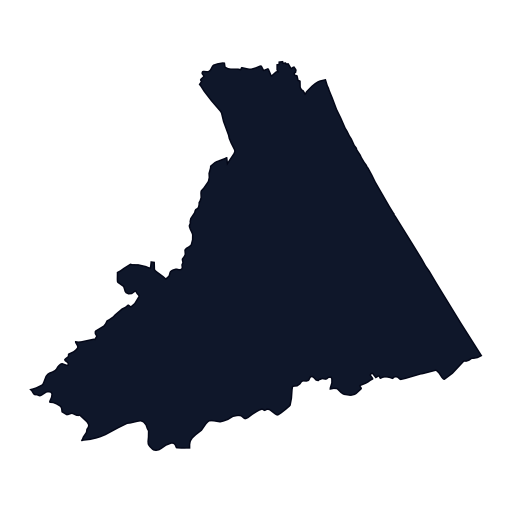 outline of Thang Binh, Quàng Nam, Vietnam
{"feature_id": "81297802B72056692107631", "entity_name": "Thang Binh", "entity_type": "district", "adm_level": 2, "iso_a3": "VNM", "parent_name": "Vietnam", "parent_adm1": "Quàng Nam", "projection": "mercator", "projection_center": [108.347, 15.708], "detail": "fine", "context": "isolated", "style": "filled", "palette": "ink", "viewbox_px": 512, "rotation_deg": 0, "n_neighbors": 0, "source": "geoboundaries", "source_scale": "gbopen_adm2", "svg_char_len": 5931}
<svg xmlns="http://www.w3.org/2000/svg" viewBox="0 0 512 512"><path d="M199.6,84.4L201.1,86.3L204.2,91.2L211.5,100.7L220.7,111.4L221.6,113.1L223.6,121.5L228.6,135.1L229.3,138.4L231.2,143.0L234.4,149.3L234.8,150.4L234.9,151.5L234.1,153.6L227.4,163.7L226.7,157.8L226.4,157.8L225.2,158.5L216.7,161.7L215.0,162.6L210.7,166.2L210.6,168.0L209.1,173.4L209.3,177.6L208.5,181.2L207.9,182.3L203.8,188.2L201.4,190.8L201.1,191.8L201.0,193.3L201.2,197.6L200.2,200.8L199.2,202.5L199.1,204.9L198.6,207.0L197.8,208.4L195.8,209.6L195.2,210.7L194.7,212.7L190.8,218.6L190.2,221.5L190.4,223.2L189.4,225.6L189.5,226.8L190.3,229.1L192.1,232.9L192.7,234.7L192.6,239.8L191.4,244.5L190.8,245.5L188.8,247.0L186.5,248.3L185.3,249.6L185.0,250.2L185.3,254.0L185.1,255.0L184.4,256.4L182.5,259.0L182.4,259.8L183.0,262.6L182.0,264.9L182.3,267.2L182.2,268.3L181.9,268.8L180.9,269.6L179.1,269.8L176.7,269.2L175.8,269.2L172.9,270.1L171.5,270.9L170.6,271.6L170.1,272.6L169.4,275.2L168.9,276.3L165.8,279.1L163.1,276.7L156.5,271.8L155.1,270.6L154.4,269.5L154.2,262.4L151.2,262.0L150.7,266.6L150.1,268.2L149.6,268.2L145.7,266.6L138.3,264.9L132.1,264.8L130.5,264.3L123.8,268.5L120.5,270.9L117.5,272.5L117.4,279.2L117.5,281.3L117.9,282.3L123.5,286.3L124.0,287.3L125.2,291.3L126.2,292.7L128.6,293.8L131.7,293.5L135.3,290.9L135.7,291.0L137.1,293.4L139.2,295.8L139.1,296.5L134.8,303.6L131.0,306.9L130.4,306.7L128.4,305.2L128.1,305.2L125.6,307.3L122.1,309.0L115.1,315.0L113.4,316.9L109.2,319.8L107.1,320.9L105.7,323.8L103.9,326.1L95.9,330.9L95.3,331.8L95.4,333.7L96.6,335.7L96.8,336.4L95.3,338.7L95.0,339.5L93.5,339.3L81.4,341.9L79.3,342.1L78.4,342.2L75.7,341.8L75.7,342.4L77.5,345.6L77.9,347.0L77.5,348.2L75.8,350.1L73.7,351.8L68.8,354.1L68.6,354.3L68.5,356.2L68.2,356.8L65.7,358.7L65.1,359.3L64.8,359.8L65.3,360.7L67.5,362.3L68.1,363.1L68.3,363.9L67.9,365.3L67.1,365.5L62.1,363.7L60.6,364.2L59.0,365.6L57.7,367.1L56.6,369.1L55.1,370.6L52.6,372.0L49.6,373.1L47.8,374.3L46.1,376.4L43.8,382.4L42.9,384.3L41.9,385.2L36.4,387.9L33.1,389.0L30.7,389.6L31.9,390.8L33.2,393.0L34.1,394.2L34.9,394.6L37.0,394.7L39.5,395.7L40.3,395.6L41.6,395.0L46.2,392.0L47.6,391.7L49.0,391.7L50.9,392.1L52.0,393.7L52.0,394.6L51.6,397.3L49.9,401.2L49.8,401.8L50.0,402.2L53.3,402.5L56.5,403.8L59.9,405.8L60.9,406.7L61.7,408.5L62.1,411.8L66.7,414.6L67.9,414.5L71.1,413.4L71.8,413.3L72.8,413.5L76.5,415.2L78.5,415.4L79.7,415.0L86.5,421.3L87.4,422.3L88.6,424.5L88.8,425.1L88.4,427.2L87.0,429.3L86.6,431.9L86.2,432.9L83.4,437.0L82.4,439.6L81.4,440.7L83.1,440.1L90.2,439.3L96.2,437.9L100.1,436.7L105.3,434.6L118.1,427.7L126.6,423.5L127.5,423.2L130.2,422.9L137.5,421.2L140.6,420.7L142.8,421.5L143.9,422.2L146.1,424.9L147.4,428.6L148.6,430.8L148.5,437.0L148.1,441.4L148.3,443.9L148.7,444.8L149.9,446.5L152.6,449.2L153.7,449.9L156.0,450.3L158.9,449.7L161.0,448.5L165.9,445.1L171.3,443.0L173.0,443.1L174.3,443.7L175.3,444.9L176.4,447.5L176.7,447.7L181.5,448.0L189.6,447.9L189.6,444.3L190.1,441.6L190.6,440.4L192.2,437.9L195.7,434.6L201.4,430.2L205.9,423.7L207.6,421.9L209.0,420.8L211.4,420.6L214.1,420.8L220.1,421.8L223.6,420.9L227.8,419.4L232.9,416.3L236.9,415.5L238.7,415.4L240.5,415.6L241.4,415.9L244.4,418.4L245.5,418.6L247.8,417.6L252.3,414.2L256.6,411.5L259.1,410.1L261.8,409.1L262.8,409.3L264.3,410.3L264.8,410.3L267.0,409.2L269.1,409.4L270.2,410.0L275.0,413.7L276.6,414.7L277.7,414.9L278.5,414.5L281.1,412.8L285.7,409.2L289.4,406.0L290.1,405.1L291.4,398.2L292.0,389.6L292.4,387.1L292.8,386.4L293.9,386.1L297.1,385.8L299.9,383.8L301.4,381.6L302.5,381.0L303.2,380.8L306.4,381.0L308.3,380.4L308.8,379.9L310.0,377.4L310.8,376.8L312.1,376.4L313.9,377.6L316.1,380.0L318.1,380.5L318.5,380.4L319.2,379.4L320.3,379.3L322.2,378.5L325.6,379.1L326.7,378.8L328.0,377.6L329.1,377.2L331.0,377.2L331.8,378.5L331.9,379.5L331.9,382.9L330.3,388.1L330.3,389.0L333.7,388.3L336.6,388.5L337.5,388.9L341.0,392.4L343.0,393.8L344.2,394.3L347.0,394.7L350.2,395.2L351.4,395.1L354.6,394.3L356.1,393.4L360.9,389.0L361.2,388.5L361.0,387.8L359.9,386.3L359.9,385.7L360.4,385.3L365.6,383.2L368.0,381.9L370.3,380.2L372.6,379.0L372.6,378.4L370.2,375.1L370.6,374.2L371.8,373.4L372.4,373.3L372.6,373.4L375.8,377.5L378.8,375.7L379.0,375.8L380.3,378.2L380.5,378.2L382.6,377.2L384.8,376.8L387.1,376.9L389.8,377.4L392.3,378.3L392.7,378.3L394.1,377.0L395.4,376.7L396.7,376.8L397.7,377.1L400.2,379.3L400.7,379.4L405.5,378.3L420.5,373.9L422.6,373.6L435.7,370.2L436.7,370.6L439.1,373.0L442.0,377.4L443.5,379.0L444.4,379.2L452.4,373.2L463.8,361.0L466.2,361.1L468.9,360.2L471.6,358.3L473.8,358.2L477.5,357.5L481.3,355.6L460.7,323.1L436.3,283.3L429.2,271.3L425.4,265.9L421.8,259.4L412.9,244.9L395.2,216.4L394.1,215.0L393.9,213.8L393.4,213.3L389.4,206.8L375.1,182.0L371.8,175.2L368.0,168.2L366.9,166.8L366.2,165.2L364.1,162.4L361.2,157.5L360.2,155.2L356.6,149.7L356.5,148.9L356.1,147.9L354.2,145.5L351.3,139.1L349.2,135.8L347.0,131.3L345.1,128.2L340.8,118.3L336.5,109.5L332.2,98.0L329.1,90.5L328.4,88.2L327.2,85.7L325.4,79.8L319.9,81.1L318.0,81.9L315.3,83.6L312.1,86.2L307.1,91.3L306.4,92.1L305.5,94.0L305.1,94.3L303.2,90.9L301.6,89.9L300.4,88.0L300.1,86.7L300.0,81.3L299.8,81.0L298.4,80.6L298.0,80.3L297.1,76.4L296.8,75.7L295.1,75.5L294.7,75.2L294.2,73.5L294.6,72.8L295.5,72.4L295.9,70.4L295.7,69.5L295.1,68.7L294.0,67.1L293.2,67.3L291.1,68.7L288.2,63.9L286.1,64.0L285.5,63.0L283.5,63.3L283.0,63.3L282.6,61.7L279.2,62.1L279.1,64.5L277.1,64.8L277.1,69.6L278.0,71.8L277.1,71.7L276.0,72.1L271.5,76.1L271.2,76.0L268.3,69.2L267.8,68.9L263.8,70.5L263.5,70.4L261.4,66.4L261.0,66.1L260.2,66.1L255.9,67.9L251.5,69.2L249.8,69.3L247.8,69.0L241.9,67.7L241.6,67.8L240.7,69.6L240.3,69.8L238.8,69.3L237.1,69.2L230.6,69.2L227.9,68.7L225.5,67.5L224.9,66.8L224.4,63.2L222.8,63.0L217.6,63.9L213.6,65.2L212.6,66.2L210.9,69.4L210.3,70.3L209.3,71.2L208.2,71.7L207.2,71.8L204.1,71.5L203.2,71.5L202.7,71.7L202.3,72.3L202.2,73.6L203.8,75.8L203.8,76.6L202.9,77.5L201.2,79.0L200.7,79.8L200.7,80.1L201.6,81.5L199.6,84.4Z" fill="#0f172a" stroke="#020617" stroke-width="1.5"/></svg>